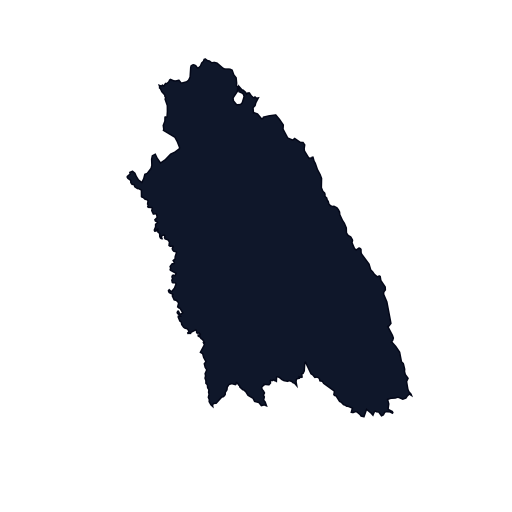 the district of Anjozorobe, Analamanga, Madagascar, rotated 335°
{"feature_id": "10022922B1306198900476", "entity_name": "Anjozorobe", "entity_type": "district", "adm_level": 2, "iso_a3": "MDG", "parent_name": "Madagascar", "parent_adm1": "Analamanga", "projection": "equal_earth", "projection_center": [47.714, -18.198], "detail": "fine", "context": "isolated", "style": "filled", "palette": "ink", "viewbox_px": 512, "rotation_deg": 335, "n_neighbors": 0, "source": "geoboundaries", "source_scale": "gbopen_adm2", "svg_char_len": 6107}
<svg xmlns="http://www.w3.org/2000/svg" viewBox="0 0 512 512"><g transform="rotate(335 256 256)"><path d="M221.5,378.2L223.5,374.4L224.5,374.5L225.8,375.8L227.3,379.0L228.7,380.8L231.8,383.0L233.2,382.9L235.2,384.6L236.1,386.6L237.2,387.6L238.1,390.8L239.1,387.0L240.3,385.0L241.5,384.6L243.5,385.1L244.1,383.7L245.2,385.0L246.6,385.2L247.6,382.2L249.0,382.3L251.2,380.5L254.5,374.4L255.5,373.2L256.0,373.2L256.1,386.0L257.2,387.7L258.0,390.9L259.8,391.4L261.1,392.5L261.6,393.8L261.2,396.2L263.2,397.6L263.5,400.0L269.8,411.3L269.7,412.1L268.0,414.5L268.2,415.5L269.5,416.7L270.3,423.1L271.5,424.6L272.5,427.7L274.0,429.1L274.5,430.3L276.1,431.3L279.1,434.6L276.3,437.9L277.7,438.9L280.5,439.1L281.6,440.0L283.3,443.6L283.6,445.5L285.9,447.3L291.4,441.7L293.8,446.7L294.7,449.7L296.9,447.6L298.5,446.9L299.6,448.3L301.3,449.2L302.2,453.9L304.3,453.8L306.6,452.0L308.2,452.1L311.5,453.9L313.2,456.1L313.8,455.8L313.8,454.5L311.6,451.7L311.1,450.4L313.8,446.2L314.6,441.6L317.9,441.9L322.3,443.6L324.4,443.8L325.5,444.4L328.5,447.8L331.8,448.1L333.9,446.8L336.6,445.9L338.0,448.1L338.1,446.7L337.2,443.6L337.3,441.0L339.4,433.4L342.1,431.1L341.2,426.5L341.8,423.4L342.9,421.4L343.9,416.5L344.0,415.6L343.1,413.4L345.5,403.9L344.4,397.0L342.8,391.7L342.3,391.3L344.3,390.1L345.8,388.4L346.1,385.6L345.6,374.9L346.2,375.9L349.8,374.1L355.2,352.9L355.5,344.5L356.7,342.5L358.9,341.4L360.0,338.7L358.8,331.0L359.9,327.0L359.3,326.2L357.1,326.1L355.5,322.5L355.0,319.6L354.1,317.1L355.0,311.1L352.5,298.8L352.7,297.2L353.9,294.5L353.8,293.5L352.8,292.3L349.3,292.9L348.4,290.9L348.6,284.5L350.0,282.8L350.2,281.9L349.9,278.7L348.2,276.3L347.8,274.0L347.8,273.1L349.7,268.7L349.9,263.7L349.4,260.2L349.4,253.8L350.3,251.5L350.2,248.8L349.7,246.5L347.6,243.8L346.6,243.8L344.8,242.0L344.0,239.8L344.5,237.1L344.2,234.9L344.6,233.4L343.7,231.1L344.6,229.2L344.8,227.9L343.9,225.7L344.1,221.7L348.2,213.4L348.5,209.4L348.2,203.5L348.9,197.0L348.7,194.6L349.4,190.5L348.6,190.2L347.6,190.9L346.3,190.0L345.3,190.0L344.3,181.2L345.0,179.1L347.1,175.9L346.6,173.0L344.2,171.8L340.7,165.8L338.3,166.5L334.6,162.5L334.1,152.4L336.1,148.8L335.0,142.1L333.5,136.5L327.1,134.5L321.4,133.3L320.2,134.4L319.0,133.9L317.4,127.9L315.0,125.5L314.2,125.2L316.0,120.3L318.7,119.3L320.6,117.0L324.9,113.7L323.2,113.3L322.3,111.4L321.4,111.9L320.4,111.2L319.4,108.8L318.9,105.4L317.5,104.8L315.8,105.4L315.8,103.4L314.4,100.2L313.5,99.5L312.2,95.0L310.0,99.9L312.1,102.2L313.0,104.1L312.6,106.5L308.3,111.3L306.0,112.2L302.4,110.8L301.1,105.9L302.0,103.0L308.6,99.0L311.3,94.7L310.4,94.5L310.1,93.7L311.5,91.2L313.3,86.1L312.4,82.4L312.9,77.5L311.3,75.6L306.6,73.3L305.3,71.6L302.2,64.7L300.0,62.9L297.5,62.2L296.2,59.6L294.5,58.3L293.3,56.0L292.1,55.9L290.6,57.4L288.4,58.1L285.8,60.5L283.6,61.1L282.4,60.9L281.8,58.0L280.9,56.9L279.9,56.1L277.7,56.2L276.6,57.4L271.9,66.0L269.2,68.2L266.8,68.8L261.7,67.9L261.2,67.4L260.4,64.1L257.3,63.5L255.5,62.5L253.1,59.8L252.1,60.0L250.6,61.3L248.1,62.1L246.9,61.4L244.3,63.0L243.4,61.6L242.0,62.0L240.4,60.4L240.3,61.6L239.6,63.0L240.1,63.8L240.1,67.3L241.4,71.5L240.9,72.9L241.2,74.0L239.9,75.5L239.2,82.2L236.7,87.7L234.2,92.2L233.5,92.4L232.5,91.6L232.1,91.9L230.4,95.3L227.1,98.5L226.0,102.1L225.2,103.0L232.7,114.1L233.0,119.2L232.6,125.4L231.9,126.4L226.3,127.6L221.7,127.6L214.5,130.4L208.8,131.4L207.7,125.4L207.7,121.2L204.4,121.4L202.3,124.2L199.9,129.9L198.0,132.2L192.3,135.2L189.8,135.0L187.0,138.4L183.6,141.2L181.6,137.4L181.1,133.2L181.2,129.8L179.9,127.0L177.0,126.9L176.7,128.5L173.0,129.5L172.6,130.0L172.7,131.4L174.4,134.6L173.6,136.5L173.8,138.0L174.0,138.7L175.7,139.8L175.4,142.0L177.1,144.8L178.1,145.3L180.0,147.8L177.3,153.8L177.7,154.7L178.5,155.2L179.5,157.8L180.6,158.4L181.6,160.2L179.7,163.1L179.9,164.3L178.7,165.6L179.0,166.4L182.1,168.1L182.0,169.2L180.7,170.8L180.7,174.6L182.9,175.3L183.5,176.0L182.8,179.3L179.7,180.4L179.6,181.8L181.0,183.4L180.9,184.3L178.4,184.8L177.3,187.2L174.8,189.5L174.7,190.6L176.0,191.2L177.5,190.0L178.3,190.1L177.2,192.7L178.2,194.8L177.0,197.7L177.0,199.3L177.6,200.3L178.2,200.6L178.3,198.7L178.9,198.0L181.3,198.0L181.9,198.7L181.7,199.7L180.8,200.8L180.9,202.1L183.0,204.1L183.5,206.7L181.6,209.7L182.3,210.9L184.8,211.9L184.7,212.7L183.4,213.6L183.0,215.1L183.5,216.9L185.6,218.7L185.5,219.2L182.5,222.4L181.4,224.5L179.0,225.1L179.2,227.1L178.9,228.1L178.1,228.3L176.8,227.6L173.7,229.2L173.5,231.1L172.5,231.9L172.4,232.7L176.3,238.0L174.2,239.6L173.0,238.4L172.1,238.3L171.0,239.4L170.8,241.4L169.5,242.3L169.0,244.6L169.4,245.2L171.6,246.2L171.8,247.5L168.5,250.7L164.7,252.5L164.0,252.2L163.1,249.9L162.0,250.4L161.8,251.6L162.0,252.6L164.5,255.7L163.3,256.8L163.3,261.2L165.1,262.6L166.0,265.4L165.7,266.3L163.5,269.0L164.3,270.7L165.0,271.1L165.6,276.6L163.3,277.0L162.8,276.6L162.4,275.2L162.4,273.2L161.7,273.0L160.7,273.9L160.6,274.7L162.0,278.6L160.1,277.8L159.7,278.4L159.5,282.8L160.4,284.3L159.7,286.7L160.3,289.9L161.0,291.2L163.1,293.1L163.4,295.6L163.2,296.3L161.7,296.8L161.6,297.4L164.0,298.5L164.6,297.7L170.2,297.5L170.5,298.5L169.8,300.5L170.7,301.5L171.6,301.2L172.5,303.4L171.8,304.0L170.2,303.2L169.8,304.1L171.2,306.1L171.3,307.5L172.3,309.2L172.7,312.6L171.7,312.4L171.8,314.6L164.9,319.8L166.4,322.0L165.7,325.9L166.0,330.6L163.6,331.8L162.9,335.5L163.3,338.4L160.2,341.1L159.6,343.4L158.2,345.1L157.9,347.9L156.8,350.2L157.5,352.1L156.5,355.0L156.8,357.3L155.4,359.5L155.1,361.4L153.1,363.9L153.0,366.4L152.0,368.2L152.3,371.9L153.2,374.1L153.6,372.8L155.0,371.7L157.7,372.6L165.3,369.4L166.8,369.7L168.5,369.2L169.7,368.3L170.4,366.7L173.1,365.0L174.5,362.7L177.3,361.0L180.2,361.5L183.0,363.9L183.6,363.8L184.8,362.3L185.3,362.5L185.8,365.6L186.3,366.7L186.0,368.0L187.5,371.6L188.3,372.2L189.4,374.8L189.9,378.9L193.2,383.7L193.3,387.2L196.7,390.0L197.6,393.9L200.5,394.4L202.2,396.2L202.6,392.2L202.0,389.8L204.0,387.2L203.9,385.2L205.8,383.7L205.7,381.5L205.2,379.8L205.4,377.7L206.9,376.7L208.5,376.5L208.9,375.6L213.3,378.2L215.5,377.2L216.0,375.2L216.7,374.8L217.8,375.8L219.6,375.6L220.0,376.7L220.5,376.8L221.5,378.2Z" fill="#0f172a" stroke="#020617" stroke-width="1.5"/></g></svg>